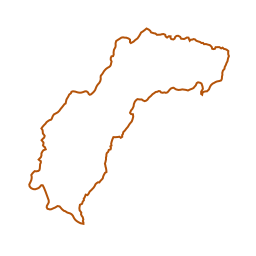 Promissão, São Paulo, Brazil (Mercator projection), rotated 188°
{"feature_id": "56859067B81911907857005", "entity_name": "Promissão", "entity_type": "district", "adm_level": 2, "iso_a3": "BRA", "parent_name": "Brazil", "parent_adm1": "São Paulo", "projection": "mercator", "projection_center": [-49.88, -21.492], "detail": "fine", "context": "isolated", "style": "outline", "palette": "amber", "viewbox_px": 256, "rotation_deg": 188, "n_neighbors": 0, "source": "geoboundaries", "source_scale": "gbopen_adm2", "svg_char_len": 4582}
<svg xmlns="http://www.w3.org/2000/svg" viewBox="0 0 256 256"><g transform="rotate(188 128 128)"><path d="M196.5,36.8L194.0,36.5L192.6,36.9L190.6,38.2L189.2,39.0L186.9,40.9L184.8,40.8L182.1,38.4L180.0,37.1L178.6,36.9L176.3,35.8L173.6,35.4L172.0,34.8L170.5,33.6L168.9,31.3L167.6,29.9L166.0,28.8L164.1,27.9L161.8,27.1L158.8,26.9L159.0,28.3L159.8,29.6L159.5,31.2L160.4,33.4L161.6,34.6L162.5,36.0L162.5,37.8L164.4,39.7L165.0,41.9L164.9,45.3L162.9,46.6L162.6,48.8L161.6,50.4L162.0,52.0L161.3,53.0L161.0,54.4L160.6,56.1L158.8,55.9L157.9,57.4L157.1,59.7L155.7,61.4L154.7,62.8L153.7,64.2L152.8,66.2L152.4,67.7L151.4,69.0L150.1,70.1L148.8,70.1L148.1,71.5L146.9,73.2L146.0,74.5L145.8,76.6L145.3,78.4L144.5,80.4L143.2,81.4L143.6,83.2L144.2,85.2L144.9,86.7L145.3,88.1L145.9,89.4L145.6,91.2L145.4,93.9L145.7,95.7L145.5,97.1L145.7,98.7L145.5,100.2L144.3,101.7L144.0,103.6L142.3,104.4L142.1,105.9L142.9,107.4L141.9,108.3L142.5,110.0L142.3,112.1L141.9,114.4L141.2,116.9L138.9,117.2L136.7,117.7L135.3,118.2L133.8,117.3L132.5,118.5L132.8,120.2L132.2,121.3L132.1,123.2L130.7,125.1L129.6,127.1L128.3,129.1L127.2,131.7L126.3,133.3L125.2,135.0L124.7,137.3L124.4,139.9L125.0,142.3L126.9,142.2L128.1,143.3L127.4,145.9L126.3,147.6L125.5,150.1L125.5,152.5L124.9,155.0L124.0,156.5L122.7,157.9L120.2,157.9L118.4,158.2L117.0,157.4L115.2,156.9L113.7,157.7L112.6,158.9L111.6,160.9L109.7,163.0L108.4,164.9L107.0,166.1L105.6,167.5L103.9,168.0L102.9,168.8L101.5,168.9L100.2,167.8L98.6,167.7L96.9,168.3L95.4,168.1L93.9,168.8L92.9,170.3L92.2,171.5L91.1,173.0L89.6,173.9L88.4,174.2L87.3,173.6L85.7,172.9L83.4,172.7L81.5,173.1L79.6,173.8L77.9,173.8L75.9,173.8L73.8,173.5L72.8,174.2L71.7,174.9L70.0,175.8L68.7,176.7L68.0,177.9L66.8,179.7L66.2,182.0L65.0,183.0L62.7,182.8L61.4,182.2L60.0,179.5L59.3,177.2L60.6,174.1L60.3,171.9L59.2,171.3L59.1,173.4L58.1,174.3L56.6,175.0L54.9,175.3L53.2,177.5L52.7,179.6L51.9,181.8L50.4,183.7L48.8,184.8L47.7,185.7L46.3,186.5L43.9,187.3L42.4,188.1L41.9,189.7L42.1,192.2L41.9,193.8L42.3,195.6L42.0,198.0L40.7,200.0L40.7,201.8L39.9,204.0L39.5,206.0L38.8,207.9L38.6,211.1L38.1,213.3L39.0,214.9L39.3,216.6L39.4,218.2L41.1,219.2L42.4,219.6L44.1,219.7L45.5,220.7L46.8,219.8L48.8,220.8L50.7,220.5L52.5,220.2L53.0,218.5L54.5,218.0L55.7,218.2L56.3,219.8L57.5,220.8L58.6,221.5L60.0,221.6L62.4,222.0L64.4,221.6L65.5,222.7L67.1,222.4L68.6,223.2L70.6,223.5L72.5,223.9L73.9,225.0L75.4,225.2L76.8,224.4L78.1,224.2L79.0,223.0L79.9,224.5L80.7,225.9L82.3,225.8L83.8,224.6L84.9,223.9L86.1,223.9L87.8,223.8L89.0,225.5L91.2,226.3L92.8,225.9L93.9,224.7L94.3,223.0L95.4,222.0L97.5,222.1L98.6,223.4L98.6,224.7L100.3,224.6L101.9,223.0L103.5,223.9L104.1,225.5L105.9,226.0L107.5,225.6L109.0,224.9L110.9,224.6L112.3,224.3L114.0,225.4L115.4,225.4L116.7,225.6L118.5,225.9L119.5,227.3L121.3,228.4L123.5,229.1L124.9,227.5L126.8,225.6L128.3,224.4L129.0,222.5L129.9,220.3L131.1,218.0L133.1,216.1L134.5,214.3L137.0,212.5L138.0,213.3L138.3,215.8L139.9,216.7L142.3,217.2L144.2,217.0L145.5,217.1L147.1,216.6L148.9,215.0L150.0,214.1L151.8,212.5L152.1,210.2L151.7,207.9L151.7,206.4L152.3,204.8L152.8,203.5L152.8,200.9L152.4,198.7L152.8,197.1L154.3,196.7L154.8,195.0L154.6,193.2L153.5,191.6L153.7,190.0L153.8,188.1L154.3,186.8L155.2,185.8L156.7,184.7L158.1,183.3L159.0,182.0L159.8,180.7L160.3,179.4L161.1,177.7L162.2,176.0L162.2,174.5L161.8,172.7L162.0,170.6L162.7,168.7L163.6,167.4L164.4,166.0L165.0,164.5L165.4,162.9L165.8,161.1L166.7,159.4L167.8,157.9L169.3,156.2L170.5,155.6L171.7,156.3L172.5,157.6L174.1,158.5L175.5,158.4L176.6,157.8L177.9,157.1L179.6,156.4L181.5,156.2L183.1,156.3L185.3,156.7L187.6,156.7L189.0,156.0L189.4,154.4L190.9,152.9L191.5,150.9L192.3,149.1L192.9,147.6L193.2,143.6L194.3,142.7L195.2,141.1L196.3,139.2L197.2,137.8L198.4,135.5L199.8,133.7L201.4,132.5L203.3,131.1L204.2,129.1L204.8,126.5L205.5,125.4L206.8,124.9L208.2,123.7L209.5,122.4L210.3,120.8L211.6,119.1L212.7,117.4L213.7,115.5L212.3,114.0L211.8,112.0L211.5,110.7L210.4,109.7L209.4,108.6L209.7,106.8L210.9,105.4L211.9,103.9L210.7,102.8L209.7,101.9L209.5,100.4L209.8,99.1L208.9,98.0L207.6,97.4L206.5,95.4L208.7,94.2L209.5,92.8L210.2,90.8L209.9,88.8L210.2,87.0L211.2,85.6L212.1,84.3L210.9,83.5L209.7,83.0L209.5,81.5L210.0,80.0L209.9,78.6L209.8,77.1L209.7,75.5L209.9,74.0L210.8,73.0L212.9,72.3L214.4,72.3L215.6,70.8L216.4,69.6L217.2,68.0L216.6,66.4L216.4,65.0L216.5,63.0L217.0,61.1L217.9,58.3L217.3,56.5L215.9,55.2L214.5,54.6L213.2,54.3L211.4,54.4L209.0,55.6L207.7,56.6L205.9,59.3L204.5,59.4L203.0,57.3L200.9,53.7L198.5,49.2L196.5,45.4L196.1,43.5L196.5,42.1L197.5,39.6L197.5,38.2L196.5,36.8Z" fill="none" stroke="#b45309" stroke-width="2"/></g></svg>